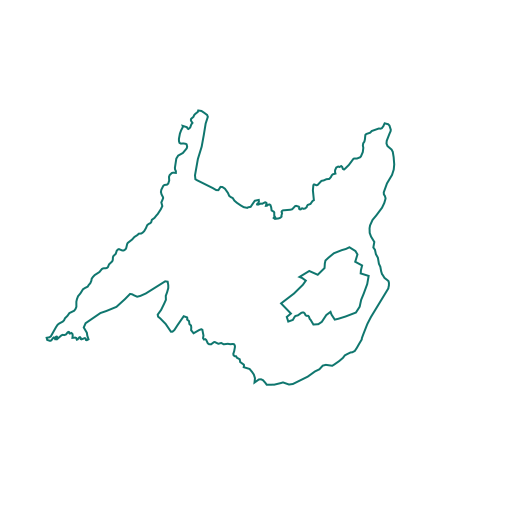 Kipushi, Katanga, Democratic Republic of the Congo, rotated 212°
{"feature_id": "63176286B75279003671986", "entity_name": "Kipushi", "entity_type": "district", "adm_level": 2, "iso_a3": "COD", "parent_name": "Democratic Republic of the Congo", "parent_adm1": "Katanga", "projection": "equal_earth", "projection_center": [27.98, -11.623], "detail": "fine", "context": "isolated", "style": "outline", "palette": "teal", "viewbox_px": 512, "rotation_deg": 212, "n_neighbors": 0, "source": "geoboundaries", "source_scale": "gbopen_adm2", "svg_char_len": 6116}
<svg xmlns="http://www.w3.org/2000/svg" viewBox="0 0 512 512"><g transform="rotate(212 256 256)"><path d="M122.1,241.2L122.7,242.5L123.5,246.4L125.4,256.5L125.6,257.8L126.2,265.2L126.6,298.6L127.3,300.3L127.5,301.1L128.9,303.5L130.3,304.9L132.3,305.2L135.4,305.5L138.6,307.1L139.5,307.4L141.7,309.3L144.9,312.8L147.6,314.5L151.7,319.1L155.3,321.1L158.4,324.3L161.0,325.4L163.1,330.6L168.7,333.4L171.8,335.8L174.4,339.7L175.5,342.4L176.3,348.4L175.5,354.1L174.7,363.7L175.3,368.9L176.3,372.5L176.7,373.6L178.5,375.2L180.2,376.0L181.4,377.7L183.4,387.0L183.6,396.8L185.0,402.3L187.3,406.9L191.6,412.7L195.2,416.8L197.4,418.1L202.7,418.9L204.0,419.8L205.0,420.6L206.2,423.0L207.6,430.4L208.0,433.2L208.6,434.5L211.9,437.3L213.7,437.8L217.2,436.7L217.0,434.9L216.8,433.8L217.0,431.1L217.8,430.0L219.4,429.2L224.1,423.3L224.5,421.1L227.1,417.9L227.4,416.6L225.4,412.5L224.7,410.4L224.8,408.4L223.9,406.3L222.3,404.6L220.5,400.7L219.8,396.1L220.0,394.9L222.0,392.2L224.5,390.6L224.9,389.8L225.5,382.4L226.7,377.4L227.2,376.0L228.5,375.9L230.1,377.2L231.4,377.4L232.4,375.7L233.7,375.4L234.8,373.6L234.4,370.7L233.4,369.0L232.3,368.0L234.2,365.9L234.5,364.5L234.3,362.7L234.7,360.2L237.0,358.4L238.6,356.0L240.3,354.4L241.4,348.9L242.1,348.1L244.7,347.5L244.9,346.5L242.6,341.9L236.5,334.0L237.2,332.6L237.4,329.0L239.2,326.7L239.2,325.2L238.9,324.3L239.5,322.4L240.7,321.2L242.2,320.9L242.8,319.2L243.5,318.8L244.5,318.9L245.0,320.2L245.9,320.5L248.5,319.8L249.2,319.1L250.1,314.8L251.3,313.5L257.3,309.0L257.8,308.0L257.7,306.9L256.6,306.2L255.8,303.7L255.2,302.9L255.6,301.4L256.7,299.9L259.6,297.5L261.2,297.6L261.2,298.6L260.6,299.2L261.9,299.9L263.6,302.6L264.4,303.0L266.9,302.9L268.9,305.3L270.7,306.8L271.8,306.9L272.9,305.9L273.4,304.4L274.2,303.8L274.9,306.1L275.4,306.6L276.7,306.4L278.5,303.5L279.6,303.1L281.5,300.6L282.4,300.3L282.6,301.0L282.1,302.3L282.3,303.6L283.4,305.0L286.3,302.2L286.6,294.8L288.5,293.1L288.9,292.2L292.3,290.9L295.7,290.8L300.5,291.0L303.7,291.5L306.4,292.8L308.7,292.6L310.6,292.8L313.2,294.6L318.0,296.6L321.0,296.7L322.7,295.8L322.8,291.9L324.7,290.8L328.7,290.7L346.2,289.0L348.1,289.0L350.5,292.1L356.7,307.5L360.0,319.9L364.3,330.7L368.9,341.7L370.6,348.5L372.2,349.7L375.9,350.0L379.1,350.1L382.1,348.8L381.7,347.4L382.8,344.3L383.1,342.8L382.8,340.8L383.7,338.0L383.3,336.8L382.3,336.0L380.4,335.2L380.6,333.3L379.9,330.1L380.6,327.9L381.4,327.8L382.9,328.6L387.2,327.5L386.4,326.8L386.1,322.9L385.4,319.5L383.4,314.4L382.1,312.5L380.8,311.4L379.3,311.5L377.2,313.0L375.0,313.9L374.0,313.9L372.3,312.2L371.8,310.5L372.6,304.6L375.2,299.9L375.2,298.9L375.2,296.4L371.5,287.8L370.5,286.5L368.9,285.5L368.0,284.0L370.4,282.8L371.4,281.7L372.1,278.9L371.7,277.0L369.6,274.0L368.8,270.9L369.3,269.3L371.3,267.7L371.8,266.4L371.4,262.0L370.5,259.8L370.1,259.5L368.9,258.3L365.9,256.5L365.4,255.8L364.9,253.0L364.7,251.3L361.9,248.7L361.5,245.2L361.6,239.3L361.9,237.9L362.3,234.4L363.5,231.5L362.8,229.2L363.0,227.9L364.0,226.3L364.6,224.5L364.1,221.3L364.0,217.8L364.5,215.8L365.2,214.3L367.3,212.7L367.6,211.1L369.2,207.7L369.8,204.3L371.7,199.1L371.6,197.9L370.3,194.0L370.2,192.8L370.7,191.3L371.2,190.5L372.4,189.8L375.9,189.2L376.5,188.4L376.9,186.7L376.1,183.5L376.9,180.4L376.7,179.2L375.4,176.8L375.1,175.3L376.2,171.0L375.7,168.1L376.0,167.1L376.8,166.1L379.0,164.6L379.8,163.3L380.3,159.4L382.7,154.3L383.2,151.7L383.3,149.7L382.5,147.7L382.1,145.0L382.5,142.9L382.5,140.8L384.0,138.4L385.1,136.1L385.1,131.2L385.6,127.6L385.0,124.5L384.1,122.0L381.4,117.7L381.0,115.4L381.2,113.2L384.0,108.7L384.2,105.3L385.0,102.0L384.7,99.7L384.8,99.4L385.1,98.0L387.1,94.5L387.8,92.6L387.9,89.8L387.4,79.1L388.2,77.5L390.2,75.7L388.6,74.2L388.1,74.3L385.7,74.9L384.9,75.9L384.6,79.0L384.3,79.7L383.2,79.5L383.0,81.0L382.6,81.9L382.1,82.1L381.4,81.7L381.2,81.2L381.5,79.4L380.7,79.8L379.0,85.4L378.3,86.6L376.6,87.4L375.5,88.9L375.3,91.3L374.9,92.2L374.1,92.4L373.5,91.6L372.8,91.5L371.8,92.9L370.5,92.7L369.4,91.6L368.3,89.3L366.1,91.0L365.0,91.2L363.6,90.1L363.1,90.7L362.7,93.4L362.3,93.9L361.2,93.6L360.6,92.7L359.9,92.8L357.6,95.7L356.5,95.6L355.7,94.7L354.9,94.9L353.9,96.6L356.7,98.9L358.8,101.3L364.2,104.1L364.9,108.7L357.7,125.2L353.8,130.0L347.4,138.9L344.3,149.9L342.7,157.1L340.7,157.9L338.6,158.0L335.2,158.5L332.9,160.9L329.6,165.8L319.6,186.4L317.3,187.4L314.9,184.7L313.4,182.3L312.2,178.2L311.4,174.4L309.2,171.1L308.6,166.7L307.9,160.0L308.3,154.2L306.9,152.7L304.0,152.3L296.6,150.5L288.0,146.7L286.7,147.6L286.0,149.9L285.9,155.9L285.4,166.6L281.9,167.4L281.3,166.9L280.7,165.6L278.3,165.3L276.4,163.0L274.3,162.6L273.1,161.2L271.7,158.7L268.0,157.4L264.9,163.2L263.6,164.9L262.4,165.0L258.4,160.7L257.4,158.3L255.9,157.6L254.9,158.6L253.7,158.4L250.6,156.4L249.1,156.3L247.3,157.3L246.1,160.5L245.4,161.2L241.4,161.6L239.4,163.8L236.6,164.0L233.4,166.6L231.0,167.6L228.9,169.2L227.7,169.5L226.5,168.8L225.7,167.8L224.1,163.8L223.4,161.0L222.5,160.0L221.1,159.7L219.7,160.4L218.3,159.6L215.1,159.8L213.2,157.7L208.7,157.4L208.0,156.5L207.5,155.2L201.6,156.8L197.9,155.6L195.0,154.3L192.1,151.8L190.2,147.9L188.1,152.9L186.4,154.1L184.3,154.4L180.9,153.4L178.7,152.5L172.4,156.5L167.7,161.3L166.1,163.1L159.9,164.5L156.9,167.0L148.2,181.1L144.8,189.4L142.2,193.5L141.3,198.4L139.1,200.7L133.2,203.3L132.2,205.3L129.8,210.9L128.3,215.6L128.0,218.8L126.7,221.1L124.7,224.3L123.3,225.4L121.9,227.8L121.8,231.6L122.0,236.3L122.1,241.2ZM189.0,227.9L190.8,226.0L191.0,224.8L190.9,221.3L193.9,217.5L197.6,220.6L195.9,225.7L209.6,229.1L203.9,244.3L201.0,256.4L200.7,261.5L205.1,261.8L208.0,261.3L202.9,271.5L198.7,272.1L193.7,272.8L191.5,282.1L193.7,286.2L194.7,289.0L193.6,293.1L191.4,299.6L186.3,306.5L183.5,309.6L181.4,312.9L174.3,312.9L170.8,311.1L168.8,303.7L161.0,304.2L159.5,299.6L158.0,296.7L149.9,298.8L146.8,291.1L144.7,281.1L143.6,274.6L141.2,267.9L141.3,261.0L148.1,252.0L153.0,246.3L155.5,243.8L160.9,246.3L163.2,248.1L165.1,243.2L165.3,235.0L167.0,231.2L171.0,228.3L175.9,230.8L177.1,231.1L179.0,232.6L180.0,232.9L181.6,232.0L182.7,232.1L184.3,233.1L185.4,233.3L186.2,233.1L187.4,231.9L189.0,227.9Z" fill="none" stroke="#0f766e" stroke-width="2"/></g></svg>